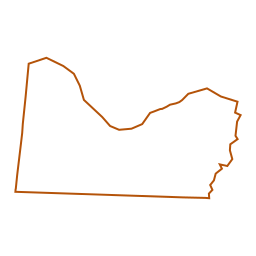 Colbert, Alabama, United States of America (Equal Earth projection)
{"feature_id": "52423323B73272811402688", "entity_name": "Colbert", "entity_type": "district", "adm_level": 2, "iso_a3": "USA", "parent_name": "United States of America", "parent_adm1": "Alabama", "projection": "equal_earth", "projection_center": [-87.711, 34.736], "detail": "fine", "context": "isolated", "style": "outline", "palette": "amber", "viewbox_px": 256, "rotation_deg": 0, "n_neighbors": 0, "source": "geoboundaries", "source_scale": "gbopen_adm2", "svg_char_len": 750}
<svg xmlns="http://www.w3.org/2000/svg" viewBox="0 0 256 256"><path d="M15.4,191.8L171.8,197.0L183.3,197.4L205.5,197.9L209.2,198.2L208.9,193.6L212.4,189.9L210.2,185.0L213.9,180.4L215.7,173.6L221.9,168.7L219.8,164.4L227.3,166.0L232.3,159.1L229.9,150.3L230.3,144.3L237.6,139.1L235.5,135.8L237.1,121.6L240.6,115.1L235.1,112.6L237.5,101.7L220.9,96.5L207.0,88.4L188.3,93.8L182.1,100.1L179.3,102.1L175.8,103.4L170.0,104.7L166.7,106.7L161.9,109.0L161.4,108.9L160.1,109.1L154.2,111.4L150.1,112.9L142.2,124.1L131.5,128.7L119.1,129.8L110.1,126.0L102.2,117.0L83.9,99.9L79.8,85.7L73.9,73.8L63.3,66.0L46.4,57.8L28.7,63.7L25.6,96.9L22.8,123.9L22.2,133.0L20.8,144.9L17.2,174.9L15.8,188.7L15.6,189.3L15.4,191.8Z" fill="none" stroke="#b45309" stroke-width="2"/></svg>